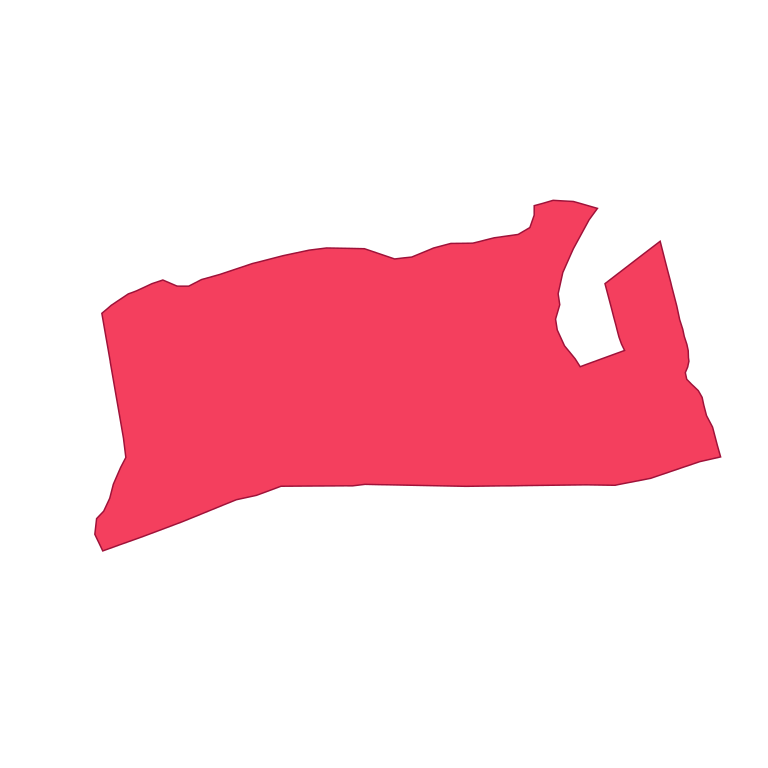 the district of Nduga, Papua, Indonesia, rotated 348°
{"feature_id": "22746128B7624163664321", "entity_name": "Nduga", "entity_type": "district", "adm_level": 2, "iso_a3": "IDN", "parent_name": "Indonesia", "parent_adm1": "Papua", "projection": "orthographic", "projection_center": [138.356, -4.436], "detail": "fine", "context": "isolated", "style": "filled", "palette": "rose", "viewbox_px": 768, "rotation_deg": 348, "n_neighbors": 0, "source": "geoboundaries", "source_scale": "gbopen_adm2", "svg_char_len": 2214}
<svg xmlns="http://www.w3.org/2000/svg" viewBox="0 0 768 768"><g transform="rotate(348 384 384)"><path d="M698.1,525.3L697.3,513.2L696.5,496.1L696.4,494.4L692.9,482.0L692.4,471.1L692.4,463.2L690.1,456.0L690.0,455.8L689.0,454.3L684.6,447.9L681.9,443.6L681.1,442.4L681.1,438.2L681.1,435.5L684.6,430.5L685.1,429.4L685.2,429.1L687.0,425.1L687.3,421.4L688.5,414.7L688.5,408.3L687.6,399.9L687.6,392.5L686.6,382.6L686.6,381.2L686.6,376.8L686.6,368.7L685.8,350.5L685.7,348.5L685.6,344.0L685.0,331.5L684.6,322.2L684.0,306.8L683.8,301.8L666.5,310.0L634.3,325.4L621.6,331.5L621.0,331.8L621.6,344.1L622.3,358.3L622.6,365.9L623.1,375.3L623.2,378.6L623.6,386.9L624.6,394.3L626.3,401.2L619.3,402.2L612.2,403.2L591.7,406.1L584.6,407.1L579.5,407.9L576.2,399.1L573.8,394.4L569.7,386.5L568.5,384.2L564.7,367.2L565.3,356.2L570.1,347.3L572.4,343.0L573.1,331.9L582.1,312.1L594.1,295.5L597.4,291.0L618.8,266.0L629.3,256.6L614.7,248.8L607.1,244.8L596.7,242.0L587.6,239.5L576.9,240.3L568.0,240.8L566.0,250.1L564.9,251.9L560.8,258.7L559.2,261.3L552.0,263.7L546.3,265.6L522.3,263.9L513.7,264.2L507.0,264.5L500.1,264.7L498.1,264.3L489.0,262.5L478.6,260.4L472.4,260.7L460.6,261.3L457.1,262.0L437.5,265.6L429.1,264.7L420.4,263.9L393.0,247.6L378.6,244.2L356.1,239.0L338.6,237.5L321.8,237.5L312.0,237.5L286.8,238.6L280.4,238.8L267.3,240.3L246.2,242.7L227.2,243.9L213.3,247.7L205.3,246.0L201.9,245.2L189.3,236.3L177.9,237.6L170.2,239.4L161.4,241.4L157.1,242.1L152.6,242.7L147.4,244.8L141.3,247.2L133.6,250.3L129.3,252.7L124.0,255.5L122.7,256.2L121.8,280.0L121.7,283.0L121.4,291.9L120.9,305.1L120.8,305.7L120.4,316.5L119.5,339.9L119.3,345.6L119.0,353.8L117.9,382.8L116.2,402.2L109.1,410.8L103.6,418.5L98.4,425.8L92.0,438.7L83.4,450.1L74.9,455.9L69.9,470.9L71.3,476.8L72.0,479.6L74.2,488.8L91.5,486.4L109.7,484.0L117.6,482.9L148.1,478.3L158.0,476.8L177.6,473.3L201.9,468.9L209.4,467.6L215.5,466.5L236.1,466.4L262.0,462.6L285.0,467.3L312.1,472.9L324.8,475.5L332.2,477.1L344.6,478.2L359.0,481.6L366.9,483.4L403.3,491.9L443.2,501.2L450.8,502.7L477.4,508.0L488.0,510.2L499.4,512.4L559.5,524.4L560.1,524.5L588.9,531.1L592.6,531.1L625.2,531.7L657.1,527.9L676.8,525.6L684.9,525.5L698.1,525.3Z" fill="#f43f5e" stroke="#9f1239" stroke-width="1.5"/></g></svg>